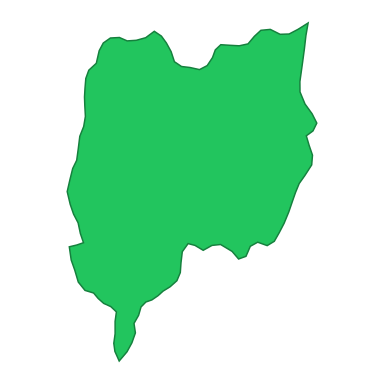 Capim Branco, Minas Gerais, Brazil (Equal Earth projection)
{"feature_id": "56859067B81738961349319", "entity_name": "Capim Branco", "entity_type": "district", "adm_level": 2, "iso_a3": "BRA", "parent_name": "Brazil", "parent_adm1": "Minas Gerais", "projection": "equal_earth", "projection_center": [-44.169, -19.58], "detail": "fine", "context": "isolated", "style": "filled", "palette": "green", "viewbox_px": 384, "rotation_deg": 0, "n_neighbors": 0, "source": "geoboundaries", "source_scale": "gbopen_adm2", "svg_char_len": 1420}
<svg xmlns="http://www.w3.org/2000/svg" viewBox="0 0 384 384"><path d="M119.2,361.0L127.0,351.8L131.9,342.8L135.4,332.9L134.0,323.4L138.6,315.3L141.0,307.0L145.9,302.0L151.9,299.9L158.0,295.7L163.1,291.1L170.2,286.7L176.9,280.7L180.3,272.6L181.0,262.7L182.3,251.7L188.1,243.6L195.0,245.4L203.2,250.3L212.0,245.4L220.6,244.5L232.1,251.4L238.6,259.0L246.0,256.3L250.3,246.3L257.7,242.2L267.2,245.6L274.3,241.3L279.1,232.9L284.1,223.3L288.8,211.9L292.5,201.1L295.5,192.5L299.2,183.5L305.0,175.3L311.7,164.9L312.5,155.2L309.1,145.3L306.3,135.8L313.0,130.9L316.8,123.1L312.1,113.8L305.0,104.0L300.0,91.9L299.9,81.6L301.0,73.7L302.7,61.5L304.4,48.8L305.9,35.7L308.1,23.0L297.9,29.4L289.1,34.0L280.1,34.3L270.3,29.4L260.9,30.3L254.4,36.3L248.0,43.9L239.2,45.8L230.1,45.3L220.8,44.7L215.3,49.9L212.5,57.6L207.2,65.6L199.5,69.6L190.0,67.5L181.5,66.5L174.4,61.7L171.1,51.6L166.4,43.0L161.4,36.1L154.3,31.3L145.7,37.7L136.3,40.3L127.2,40.9L119.4,37.5L110.4,38.0L103.3,43.0L99.2,50.7L96.3,63.3L88.8,70.2L85.8,78.5L85.0,88.3L84.5,97.0L84.8,105.5L85.4,116.4L83.7,126.5L79.8,136.3L78.3,148.5L76.7,160.3L72.7,168.5L69.9,179.8L67.2,191.6L70.2,204.3L73.6,214.2L78.1,222.8L80.4,233.6L83.5,242.7L76.8,245.0L69.3,246.8L71.2,260.0L74.7,269.9L78.3,282.1L85.0,290.4L93.6,293.0L98.2,298.5L103.7,303.4L110.8,306.6L116.4,311.9L115.1,321.4L115.1,333.8L113.8,343.3L114.9,351.4L119.2,361.0Z" fill="#22c55e" stroke="#15803d" stroke-width="1.5"/></svg>